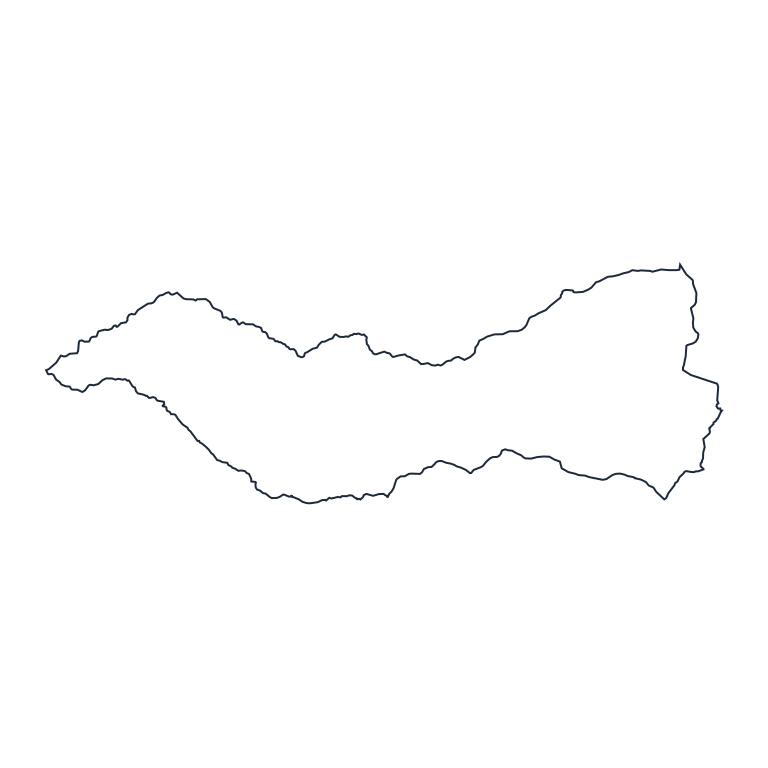 the district of Manaure Balcón Del Cesar, Cesar, Colombia
{"feature_id": "7082276B80880832321074", "entity_name": "Manaure Balcón Del Cesar", "entity_type": "district", "adm_level": 2, "iso_a3": "COL", "parent_name": "Colombia", "parent_adm1": "Cesar", "projection": "mercator", "projection_center": [-73.004, 10.394], "detail": "fine", "context": "isolated", "style": "outline", "palette": "slate", "viewbox_px": 768, "rotation_deg": 0, "n_neighbors": 0, "source": "geoboundaries", "source_scale": "gbopen_adm2", "svg_char_len": 6085}
<svg xmlns="http://www.w3.org/2000/svg" viewBox="0 0 768 768"><path d="M46.1,370.2L48.0,374.0L48.9,374.3L51.5,373.9L53.5,374.9L56.1,379.6L59.3,381.8L61.5,384.6L65.8,386.3L69.6,386.6L71.4,389.2L72.2,389.6L77.3,389.7L82.1,391.9L82.9,391.8L85.2,390.2L88.3,385.9L89.3,385.1L90.8,384.8L93.5,385.3L98.2,384.1L102.3,380.3L106.1,378.4L112.2,378.5L115.4,379.6L118.4,378.8L122.9,379.7L124.7,379.2L125.6,379.3L127.3,380.7L128.5,380.4L129.1,380.7L132.2,385.8L133.4,387.0L134.9,387.5L136.0,391.2L137.9,393.4L143.7,394.7L146.1,395.9L147.0,395.8L148.8,397.8L150.1,397.9L152.9,397.1L155.4,397.9L156.6,399.9L157.6,400.7L163.8,401.8L164.2,404.2L162.7,405.6L162.8,406.2L165.5,406.7L166.3,407.5L166.6,409.7L167.3,410.9L169.7,411.9L171.1,414.2L173.8,414.2L175.4,414.9L178.1,419.1L182.6,424.4L187.6,427.9L188.5,429.8L190.4,431.3L197.6,441.0L199.2,440.9L199.7,442.4L202.2,443.7L206.1,447.0L209.0,449.9L211.4,453.3L213.1,454.4L217.2,460.1L219.4,460.6L222.3,462.1L227.3,462.8L228.3,464.9L231.4,466.6L232.4,467.8L234.9,468.6L238.4,470.8L241.2,470.5L244.0,470.9L245.1,471.3L246.7,473.0L249.0,474.0L251.2,478.7L251.3,481.5L255.2,481.9L255.9,482.4L255.5,484.1L255.6,486.8L255.9,487.8L257.2,489.6L260.1,490.6L263.0,493.1L265.8,493.7L269.9,497.1L271.8,498.1L277.0,497.9L279.8,496.8L283.1,494.6L284.4,494.7L288.7,496.5L289.9,496.7L291.4,495.8L292.0,495.9L292.3,497.1L293.4,497.1L298.9,499.4L302.6,501.9L306.7,503.1L309.9,503.3L317.6,502.2L322.2,500.1L325.3,499.9L326.1,500.5L329.3,497.8L331.4,498.5L337.7,497.0L340.6,497.3L341.9,496.1L346.9,496.2L349.2,495.3L352.1,495.5L355.5,498.1L356.8,498.4L357.1,499.2L359.5,498.9L360.3,499.5L362.9,497.3L363.8,495.1L366.3,493.9L373.1,495.8L378.8,494.1L383.6,493.9L385.3,495.3L386.8,495.7L387.1,496.8L387.7,497.0L389.5,493.5L391.3,491.9L393.6,488.2L396.2,479.9L396.9,479.0L400.6,476.4L405.0,476.2L408.8,473.9L411.6,473.6L420.0,473.9L422.0,472.3L423.9,469.0L428.0,467.2L431.6,466.9L434.4,464.3L435.9,462.4L438.3,461.1L441.7,461.0L446.3,462.8L450.6,463.6L454.3,464.9L456.6,466.3L460.9,467.6L466.0,470.0L469.9,473.1L471.2,473.0L473.7,469.9L480.8,467.2L482.9,465.9L486.0,462.0L489.9,458.4L492.7,457.1L496.9,456.9L498.8,456.1L500.6,454.1L501.9,450.6L505.2,449.3L507.9,450.2L512.1,450.7L516.4,453.2L521.2,455.3L523.6,457.4L525.5,458.4L531.1,458.6L537.1,457.1L543.6,456.5L549.3,456.7L554.5,459.6L559.9,461.6L561.7,468.3L568.4,472.1L575.4,473.8L578.7,475.1L585.3,475.6L588.7,477.0L602.6,479.8L606.4,479.1L612.6,474.9L616.2,473.8L619.9,473.6L622.0,474.0L625.0,474.8L627.6,476.0L632.8,477.0L634.7,477.7L634.8,478.2L640.7,479.5L645.9,482.0L648.7,485.5L653.4,487.5L656.3,491.9L664.3,499.4L666.3,497.9L668.4,493.1L674.4,485.3L675.1,483.2L677.5,481.4L679.6,477.1L683.6,473.3L684.5,471.8L686.4,471.1L691.2,472.0L694.3,472.1L695.8,471.3L697.9,471.4L703.5,469.4L703.4,468.8L700.8,466.5L700.5,465.2L700.7,463.2L701.8,462.4L702.0,460.8L703.0,458.5L703.2,452.6L704.7,447.1L703.3,439.0L709.5,433.4L709.9,431.7L709.4,429.3L709.8,428.5L709.4,428.1L713.5,424.0L713.5,422.6L716.1,420.8L716.7,419.2L717.6,418.8L721.0,411.7L721.9,410.6L720.6,410.4L720.2,408.5L718.1,408.6L716.5,406.4L716.9,404.5L718.4,403.3L717.2,400.4L718.2,387.0L717.5,384.5L716.8,383.6L690.8,375.0L683.0,370.0L683.0,367.5L683.8,365.5L685.7,356.2L686.4,345.8L687.3,345.1L693.2,343.3L695.8,341.5L697.7,338.5L698.4,334.5L697.7,333.0L695.6,331.5L693.3,327.6L692.9,322.6L693.4,318.4L691.0,308.7L691.0,308.0L694.8,304.7L696.0,302.1L696.4,293.1L693.0,283.8L692.9,280.9L692.4,279.8L686.2,274.3L680.1,264.7L679.4,269.7L677.1,270.1L668.4,270.1L661.1,269.5L652.5,271.7L649.9,270.9L641.1,270.4L638.0,270.9L632.4,270.2L628.6,272.1L623.0,273.4L618.6,275.0L612.9,276.3L607.8,276.8L599.7,281.1L596.0,282.3L591.4,287.6L588.1,289.7L582.9,291.9L575.9,292.4L573.9,292.2L573.2,291.7L573.1,290.7L572.3,290.4L566.0,289.9L563.8,290.5L562.3,291.8L562.1,293.6L560.9,295.1L560.7,297.2L560.1,297.9L550.4,305.7L545.8,310.1L538.3,313.4L535.0,315.5L531.4,316.8L529.3,318.2L526.5,324.9L524.9,327.1L521.6,329.8L517.6,331.2L509.3,331.3L502.8,334.2L494.3,334.4L486.9,336.7L483.4,338.9L479.4,340.6L477.7,344.6L475.5,347.4L474.8,352.6L472.9,354.7L470.0,357.1L464.5,359.9L458.5,356.9L455.5,357.5L453.3,358.6L450.9,360.6L447.9,360.9L446.0,361.7L442.4,364.7L440.6,365.5L437.5,364.7L435.4,365.6L431.9,365.2L427.8,363.1L422.7,364.1L421.0,364.0L417.2,360.5L413.9,359.6L409.9,357.1L407.1,356.3L405.0,354.4L399.0,355.4L393.3,357.0L392.2,356.5L389.7,353.4L387.0,352.9L384.3,351.6L376.1,354.3L374.6,354.2L373.0,353.3L372.2,351.5L369.8,349.5L368.5,345.9L366.9,344.0L366.3,339.6L366.8,337.7L366.5,336.8L365.2,335.9L364.1,334.5L361.8,334.9L358.6,333.5L356.5,334.1L353.8,333.8L352.4,335.0L350.4,335.3L348.3,336.8L346.2,336.4L343.3,337.0L339.5,336.8L335.8,334.4L334.8,334.7L332.5,338.3L329.1,339.4L325.0,341.5L321.7,341.9L318.8,344.7L317.0,347.6L312.4,348.9L307.2,352.2L305.3,352.9L304.6,353.9L304.1,356.1L302.5,357.1L301.0,357.1L297.8,355.8L295.6,350.9L294.3,349.6L293.4,349.1L290.2,349.3L289.4,348.9L288.5,347.3L286.5,346.5L284.9,344.3L283.4,344.0L280.6,342.2L278.7,342.1L277.6,341.2L275.4,341.3L273.7,339.0L272.9,338.7L269.2,338.2L268.2,337.1L266.6,333.2L264.9,332.0L263.3,331.9L262.3,331.3L261.1,328.0L259.3,327.0L256.1,326.4L252.9,324.3L245.9,324.2L243.1,322.4L242.2,322.5L239.3,324.5L238.4,324.4L236.5,320.6L233.8,318.9L230.1,319.8L226.2,317.3L223.3,317.6L222.7,317.1L222.0,313.1L221.4,311.9L220.2,310.8L214.1,308.3L212.7,307.2L209.7,301.9L205.8,299.1L197.1,299.3L195.7,300.5L193.2,299.4L186.2,299.2L183.6,298.5L177.0,292.7L172.9,294.6L171.9,294.6L170.5,294.1L169.2,292.6L168.4,292.3L165.7,293.2L162.4,295.1L160.2,295.3L159.0,296.0L156.6,298.2L153.8,302.2L151.6,303.3L148.1,303.6L146.1,304.8L137.8,310.2L135.0,314.2L133.5,314.4L131.5,313.9L129.0,315.0L127.5,317.5L127.4,320.3L126.0,322.3L121.0,323.2L117.6,326.6L116.5,326.8L115.8,325.5L113.9,325.8L111.7,328.7L109.9,329.4L107.9,330.0L104.5,329.7L99.0,331.2L98.1,331.9L96.9,335.7L96.0,336.6L92.3,336.9L90.6,338.1L89.7,340.5L88.8,341.6L84.6,341.7L81.9,340.4L79.7,340.8L78.9,342.1L78.1,351.1L77.1,353.2L69.6,353.8L66.2,356.1L64.0,356.5L60.8,355.6L56.3,362.6L48.7,369.2L46.1,370.2Z" fill="none" stroke="#1e293b" stroke-width="2"/></svg>